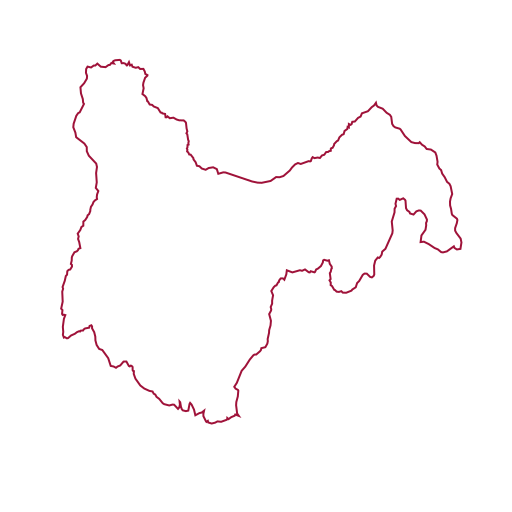 the district of Curití, Santander, Colombia, rotated 9°
{"feature_id": "7082276B68920496479863", "entity_name": "Curití", "entity_type": "district", "adm_level": 2, "iso_a3": "COL", "parent_name": "Colombia", "parent_adm1": "Santander", "projection": "equal_earth", "projection_center": [-73.025, 6.613], "detail": "fine", "context": "isolated", "style": "outline", "palette": "rose", "viewbox_px": 512, "rotation_deg": 9, "n_neighbors": 0, "source": "geoboundaries", "source_scale": "gbopen_adm2", "svg_char_len": 6003}
<svg xmlns="http://www.w3.org/2000/svg" viewBox="0 0 512 512"><g transform="rotate(9 256 256)"><path d="M120.5,94.3L118.2,93.5L117.3,91.2L115.5,88.8L112.3,89.4L110.2,87.9L107.8,88.9L104.4,88.4L103.3,86.5L101.8,87.5L100.2,84.4L99.0,87.8L98.5,88.0L97.1,86.6L95.2,86.2L93.2,86.6L91.9,84.1L90.8,83.6L86.3,84.7L84.7,85.7L84.2,86.8L85.5,88.1L82.9,88.1L81.8,90.1L80.4,90.5L77.9,93.0L73.1,93.3L69.2,90.8L67.5,93.0L65.9,93.3L63.6,95.6L60.0,95.3L59.0,97.9L59.4,101.7L61.0,104.6L61.2,107.3L59.2,112.3L56.2,116.8L57.7,122.8L60.4,128.1L61.3,131.6L62.3,132.7L59.4,141.7L58.0,142.7L56.6,145.6L55.2,153.9L55.4,157.4L58.3,162.4L59.8,166.8L68.9,171.8L71.8,174.9L72.5,179.0L75.2,183.1L83.7,189.7L85.0,192.9L85.1,199.1L87.2,208.2L87.1,213.8L90.1,216.5L89.4,220.0L89.5,222.8L90.1,224.6L88.2,226.3L87.0,228.2L86.5,230.7L85.3,233.2L85.1,236.2L85.3,237.5L84.6,240.7L83.3,242.2L83.2,243.8L81.7,247.2L80.1,249.0L80.7,253.1L79.0,254.7L78.4,257.8L76.4,261.8L77.8,264.4L77.6,267.0L79.2,269.9L81.3,275.7L79.6,276.6L79.2,278.2L78.3,279.4L76.1,280.7L74.5,284.9L74.3,286.2L74.7,289.4L74.4,292.8L75.6,293.6L75.9,295.3L74.6,298.4L73.1,299.0L72.0,300.5L72.3,304.0L71.3,305.5L71.0,310.4L69.8,316.9L70.6,318.5L70.2,321.5L72.2,331.3L71.8,338.5L73.3,339.7L73.5,343.5L73.9,344.1L74.4,344.5L75.3,344.0L76.9,344.2L76.1,348.1L76.3,356.2L77.5,361.1L77.6,364.1L79.0,366.6L79.8,366.0L82.1,366.9L83.2,366.5L85.8,363.4L89.2,361.2L91.1,359.2L93.0,358.0L94.0,358.1L94.4,357.2L96.9,356.6L97.3,355.5L98.5,354.3L102.4,352.9L102.6,351.1L104.2,350.2L105.1,351.2L105.4,353.1L108.1,356.5L109.9,360.8L110.6,364.5L112.5,368.8L115.6,372.3L118.9,372.9L126.0,380.0L129.7,387.3L132.6,387.4L135.2,388.3L136.6,386.8L139.0,385.4L141.7,381.0L144.5,380.5L147.6,384.5L148.6,384.8L149.3,383.9L150.0,383.9L151.1,384.5L151.5,385.0L152.0,388.0L152.4,388.6L153.4,388.8L153.7,391.6L156.1,396.0L162.0,402.0L166.4,404.4L171.8,405.9L175.0,406.0L176.5,408.0L178.2,408.6L179.8,410.7L182.7,412.2L186.9,416.0L188.5,416.7L193.7,417.2L196.8,415.8L198.4,415.7L202.9,419.2L203.9,417.5L204.1,414.7L203.3,411.7L204.0,412.3L205.4,416.5L206.6,418.8L207.8,419.9L211.0,420.2L213.3,419.3L213.5,412.5L213.9,411.4L215.6,412.8L218.8,417.4L221.0,422.8L224.7,420.0L226.9,419.1L228.9,416.9L228.7,420.1L229.1,422.4L232.5,427.2L233.0,427.6L234.2,426.4L234.9,427.9L238.4,428.4L241.7,427.0L243.8,425.4L247.5,425.2L252.4,422.5L253.1,421.9L253.0,420.5L254.4,421.4L256.8,419.0L259.9,417.1L260.3,415.8L264.0,416.6L262.0,414.5L259.7,406.5L259.4,403.3L260.0,397.6L259.6,391.8L259.1,391.1L256.6,390.2L255.0,388.6L256.9,384.3L259.8,371.6L262.7,367.0L266.1,359.2L268.9,354.5L269.9,353.6L271.6,353.3L274.9,349.4L275.6,348.0L275.7,346.2L279.5,344.6L280.9,340.8L281.0,338.3L280.5,336.2L280.9,329.9L280.6,327.1L281.2,322.3L280.9,317.7L278.1,311.3L279.4,307.6L279.4,306.2L278.5,304.1L279.4,300.6L278.9,297.5L279.0,292.1L276.6,288.2L278.4,284.0L279.7,282.3L280.8,281.8L281.9,278.7L282.6,278.2L282.7,276.5L283.9,274.3L286.1,273.9L287.7,275.0L288.8,269.4L288.7,265.3L294.5,266.5L301.6,263.2L303.8,263.4L306.5,261.6L310.6,263.8L311.7,263.8L312.4,262.5L316.3,263.0L316.8,262.5L317.5,259.9L319.1,258.8L321.7,255.8L323.0,252.0L323.0,249.9L323.9,249.1L327.3,249.5L328.7,248.8L330.1,252.2L332.4,254.6L332.8,256.4L332.4,257.0L332.3,259.8L331.6,261.4L333.3,267.1L332.4,268.5L334.0,270.5L334.3,273.1L335.8,273.8L338.6,277.2L339.4,277.3L341.2,278.6L343.5,278.5L345.8,277.4L347.4,278.6L350.8,278.2L355.7,275.3L356.3,274.1L359.4,271.3L360.1,266.9L361.8,264.6L364.4,257.9L365.9,256.4L368.2,256.1L372.0,258.8L373.8,259.0L375.3,257.3L375.7,255.8L374.1,246.9L374.5,241.9L376.5,238.4L377.9,238.7L378.8,237.5L379.9,235.0L380.0,231.9L382.7,228.7L387.1,212.3L387.0,209.4L384.7,200.7L386.0,191.2L385.5,187.6L386.5,184.8L385.6,182.6L386.0,177.4L387.5,177.1L389.2,178.1L392.4,176.0L394.4,177.2L395.0,178.0L396.7,185.3L398.1,187.2L400.6,188.4L401.5,189.9L405.1,190.4L407.4,186.8L409.8,185.5L411.6,185.4L415.9,188.5L419.1,193.2L419.3,194.8L418.8,196.8L419.3,199.1L419.3,203.6L416.2,209.8L416.4,216.5L419.6,215.6L424.7,217.2L431.2,220.2L434.6,221.0L438.3,223.2L440.1,223.2L443.8,221.6L449.9,215.5L450.8,217.0L453.4,218.1L456.8,217.0L456.8,210.5L455.4,206.8L450.3,201.9L448.7,199.8L448.3,197.3L449.2,192.2L449.3,189.0L448.6,187.7L443.5,184.8L442.8,183.7L441.3,179.0L439.8,175.7L439.1,171.9L439.2,168.6L440.1,164.1L437.3,156.6L435.7,154.4L433.1,152.9L430.1,148.7L427.0,145.5L425.4,142.2L423.4,140.9L420.7,137.3L420.6,134.6L418.6,128.7L416.9,125.7L412.1,123.5L407.8,123.6L405.5,121.4L402.5,120.1L399.9,118.0L399.1,119.1L395.4,119.6L391.6,119.2L384.3,114.2L379.0,108.4L378.0,107.8L373.4,107.2L371.5,106.2L369.8,104.2L367.8,97.4L366.1,95.6L362.6,94.1L358.1,90.7L353.1,89.6L351.5,88.4L350.5,85.9L349.0,88.9L347.0,90.9L343.9,95.5L338.3,98.5L337.5,101.9L335.2,103.6L332.6,107.7L330.1,108.4L329.8,110.8L328.9,111.7L327.1,111.1L327.6,114.5L326.3,114.1L326.3,116.3L323.9,118.6L323.5,122.0L322.0,122.8L319.8,125.8L319.0,129.1L317.9,129.9L315.7,133.1L315.7,134.5L314.7,137.2L313.5,137.7L313.1,138.5L313.4,140.4L311.8,141.0L311.0,141.9L309.0,142.4L307.6,145.3L305.4,146.4L303.8,149.2L301.5,149.1L298.4,150.2L296.5,149.5L295.8,150.9L295.3,153.7L294.7,154.1L293.1,154.1L285.8,158.1L282.9,157.6L280.3,159.4L277.7,163.0L276.0,166.3L270.6,172.7L267.0,174.5L263.5,174.9L258.7,179.6L250.2,182.8L246.2,183.3L240.4,183.0L212.8,178.3L210.6,178.5L205.9,180.7L203.7,176.3L199.8,175.1L195.5,176.5L192.8,178.7L188.8,178.1L186.1,176.2L183.5,176.1L181.7,172.8L179.2,170.4L178.8,169.1L175.6,166.1L174.2,166.2L172.9,164.3L171.6,163.5L171.6,161.7L170.9,160.7L171.3,159.4L171.0,157.1L172.0,156.5L171.5,155.2L171.6,153.1L170.8,151.9L169.1,146.6L168.1,145.7L168.7,143.7L167.5,140.9L166.0,135.4L165.3,134.6L163.4,133.4L159.0,134.0L156.2,133.6L152.8,132.3L149.3,133.4L146.7,131.9L146.0,133.0L145.0,133.1L144.0,129.9L141.2,129.8L140.6,129.2L139.3,129.2L135.9,125.3L131.6,124.3L129.8,123.0L127.3,123.0L125.0,120.2L124.4,120.1L123.1,117.1L121.6,115.5L118.5,113.8L118.8,107.9L117.7,104.9L117.7,102.4L118.6,97.3L120.5,94.9L120.5,94.3Z" fill="none" stroke="#9f1239" stroke-width="2"/></g></svg>